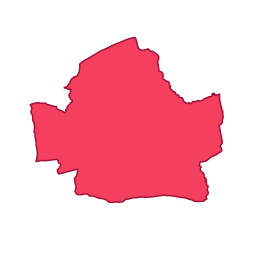 Shinyanga Urban, Shinyanga, United Republic of Tanzania (Robinson projection), rotated 258°
{"feature_id": "72390352B93356288072561", "entity_name": "Shinyanga Urban", "entity_type": "district", "adm_level": 2, "iso_a3": "TZA", "parent_name": "United Republic of Tanzania", "parent_adm1": "Shinyanga", "projection": "robinson", "projection_center": [33.442, -3.624], "detail": "fine", "context": "isolated", "style": "filled", "palette": "rose", "viewbox_px": 256, "rotation_deg": 258, "n_neighbors": 0, "source": "geoboundaries", "source_scale": "gbopen_adm2", "svg_char_len": 5062}
<svg xmlns="http://www.w3.org/2000/svg" viewBox="0 0 256 256"><g transform="rotate(258 128 128)"><path d="M114.4,31.4L114.3,32.3L114.3,35.9L113.1,40.9L112.7,45.1L112.5,48.3L112.0,52.1L110.4,52.9L108.2,52.8L107.2,54.3L106.5,54.7L105.4,54.3L103.4,52.7L101.6,50.1L100.1,50.0L98.7,50.1L97.8,50.4L97.4,52.1L97.4,55.2L98.0,59.0L97.8,60.5L97.8,61.8L98.0,63.5L98.1,68.6L98.3,69.8L97.2,70.2L95.2,69.3L92.7,68.2L91.7,67.6L90.7,66.2L89.6,65.2L87.0,64.9L84.0,64.9L81.1,65.0L79.5,64.2L78.0,63.6L77.0,63.0L74.7,63.6L73.6,64.4L72.8,66.8L72.4,68.7L72.4,71.4L72.4,73.3L71.7,74.3L71.1,75.1L69.7,75.9L69.2,77.4L69.2,78.4L68.8,79.3L68.4,80.1L68.0,81.0L67.2,82.2L66.3,83.3L65.9,84.1L65.5,84.9L65.1,85.9L64.8,86.6L64.6,87.3L64.2,88.1L63.9,89.0L63.5,89.9L63.1,90.5L62.4,91.4L61.9,91.9L61.7,92.1L60.0,93.4L59.5,93.8L59.3,94.4L59.1,95.6L58.8,96.4L58.5,97.5L58.2,99.5L58.3,101.3L57.4,103.0L57.1,105.4L57.0,107.4L57.7,109.2L58.6,110.5L58.8,111.8L58.4,112.9L58.5,114.7L58.6,117.5L58.7,119.0L58.1,121.4L57.9,124.3L57.7,127.0L57.5,128.3L57.3,128.6L56.4,131.4L55.5,139.0L55.1,145.8L54.8,150.0L54.7,150.1L54.4,150.2L53.8,151.8L53.5,153.3L53.3,154.4L52.5,156.7L51.7,159.2L50.6,161.6L49.9,163.6L49.0,165.8L48.0,168.9L47.0,170.7L46.4,171.9L45.6,173.0L45.0,174.4L44.2,175.7L42.6,177.6L42.1,179.4L41.4,181.5L41.4,182.4L41.0,184.6L40.7,186.8L41.4,187.9L41.7,188.8L42.0,189.4L42.2,190.3L42.9,190.4L43.6,190.1L44.4,190.1L44.9,190.2L45.5,190.7L46.1,191.3L46.5,192.1L46.9,192.7L47.5,192.7L48.0,193.0L48.6,193.2L50.1,192.7L51.0,192.7L52.4,193.4L53.0,193.6L53.8,193.9L54.1,194.2L54.8,194.1L55.9,193.3L57.1,193.3L57.7,193.3L59.1,193.4L59.3,193.6L59.6,193.6L59.9,192.8L60.4,192.7L60.9,193.6L61.1,193.9L62.1,193.7L62.8,193.3L64.1,192.6L65.5,192.5L66.3,192.5L67.0,192.8L68.0,192.4L68.6,192.0L70.3,190.8L70.9,190.3L71.8,190.0L73.2,190.3L73.5,190.5L73.9,190.7L74.4,191.3L74.7,191.5L75.6,191.0L76.1,190.0L76.9,190.0L77.5,190.2L78.0,190.6L78.5,190.8L78.8,191.2L79.4,191.2L79.7,191.3L79.8,192.1L79.5,193.5L79.4,196.9L80.1,199.1L81.2,200.9L82.4,203.7L83.0,206.2L83.2,207.9L83.8,209.3L84.5,210.9L85.0,212.4L85.6,214.1L86.5,215.1L88.7,215.1L89.7,214.7L90.5,214.1L94.1,217.3L111.3,217.7L111.5,217.9L112.2,219.5L113.5,221.2L116.1,222.1L119.2,223.4L121.1,223.5L124.7,224.1L128.2,223.5L131.6,223.5L134.5,223.5L137.0,223.5L137.3,223.6L141.9,224.6L142.1,224.0L141.9,222.9L141.5,221.7L142.4,220.8L142.6,219.7L142.0,219.1L142.7,218.7L143.8,219.5L144.2,218.7L143.7,217.3L142.0,216.9L141.5,215.5L141.7,214.3L141.7,213.1L141.0,211.9L141.1,211.2L140.9,211.3L140.7,209.6L140.5,207.9L139.5,206.3L139.4,204.8L139.8,202.9L140.4,201.9L140.1,201.0L139.6,200.1L140.1,198.4L140.4,196.7L139.6,195.8L138.8,195.0L138.9,193.9L139.9,193.4L140.0,192.0L140.1,190.6L140.3,189.3L141.3,189.1L143.1,187.8L144.7,187.9L146.4,187.0L146.8,185.8L147.3,184.5L148.8,184.4L149.6,184.3L150.5,182.3L151.3,181.7L152.3,181.9L153.3,181.5L154.2,180.0L155.3,179.3L157.9,177.5L159.0,177.1L159.5,178.3L160.5,178.0L162.0,177.7L163.9,177.6L165.3,176.7L165.9,175.3L167.3,174.0L168.2,173.1L169.2,172.3L170.2,172.5L171.3,173.0L172.1,173.4L174.1,173.3L175.6,172.6L176.3,171.6L177.4,170.2L179.7,170.4L183.1,170.7L185.0,170.7L187.4,170.8L188.3,172.0L189.8,172.6L191.7,172.9L193.6,172.0L194.6,171.0L195.9,170.0L197.1,168.8L198.0,167.8L198.4,165.8L199.7,165.2L200.7,164.2L201.2,164.1L201.0,162.6L201.0,158.1L201.1,157.3L202.3,156.2L203.1,154.9L205.0,154.7L207.0,154.3L209.2,154.4L212.4,154.4L214.1,154.0L214.9,153.8L215.3,152.1L215.2,149.4L214.8,145.3L214.5,143.1L213.8,140.4L212.4,131.6L211.2,127.1L210.0,122.1L209.1,117.5L206.7,110.4L204.8,105.0L203.4,100.3L201.8,96.3L200.6,94.1L197.5,93.5L195.6,92.8L192.8,91.8L191.6,90.9L189.5,88.9L189.0,85.7L188.2,83.8L186.7,82.1L185.3,81.1L183.8,80.1L182.8,78.6L181.8,77.9L181.2,77.2L180.9,74.8L180.9,74.2L180.3,74.2L179.9,75.7L179.5,76.2L179.4,76.3L179.2,76.6L178.8,76.9L178.3,77.5L178.0,78.6L178.0,79.4L177.3,80.1L176.7,79.5L176.2,79.3L174.6,78.9L174.0,78.8L173.4,77.6L172.3,77.1L171.8,77.0L171.2,77.4L170.6,77.2L170.4,77.2L169.7,77.6L168.8,77.6L168.0,77.7L167.9,77.9L167.8,78.2L167.4,78.5L167.3,79.0L166.5,79.2L165.3,78.6L164.6,77.6L164.3,76.6L163.7,76.2L163.2,76.0L163.0,75.1L161.8,73.7L161.7,73.7L161.2,73.0L160.4,72.6L159.9,72.6L159.3,71.9L158.8,70.9L158.5,70.7L157.5,70.8L156.7,70.2L155.9,69.5L156.9,68.5L157.4,68.1L157.8,67.4L158.7,66.6L158.9,66.4L159.7,64.8L160.1,64.2L160.3,63.5L160.7,63.3L161.6,62.5L163.6,62.5L164.3,61.0L164.6,60.4L165.0,59.3L165.7,57.8L166.5,56.5L166.9,55.9L167.0,55.7L167.6,54.0L168.8,53.0L169.5,52.3L169.7,52.0L169.7,51.6L169.8,50.3L170.4,47.9L171.2,45.9L171.7,43.7L171.7,42.1L171.7,41.9L171.6,41.1L171.6,39.5L171.5,38.6L171.1,37.9L170.8,37.2L170.3,37.4L167.9,38.1L166.6,37.8L165.1,36.9L164.3,36.6L163.8,36.4L163.0,36.3L162.4,36.4L161.4,36.9L160.3,37.2L159.2,37.1L156.9,36.7L154.7,36.5L152.7,37.0L151.9,37.1L150.9,37.0L149.9,37.0L148.6,37.0L147.4,36.5L145.9,36.1L144.1,35.3L143.5,35.2L142.6,35.8L141.6,35.8L139.8,35.6L138.0,35.1L135.8,35.3L132.9,35.2L130.3,34.5L126.5,34.6L123.6,34.3L120.5,33.7L116.8,32.3L115.4,31.5L114.5,31.5L114.4,31.4Z" fill="#f43f5e" stroke="#9f1239" stroke-width="1.5"/></g></svg>